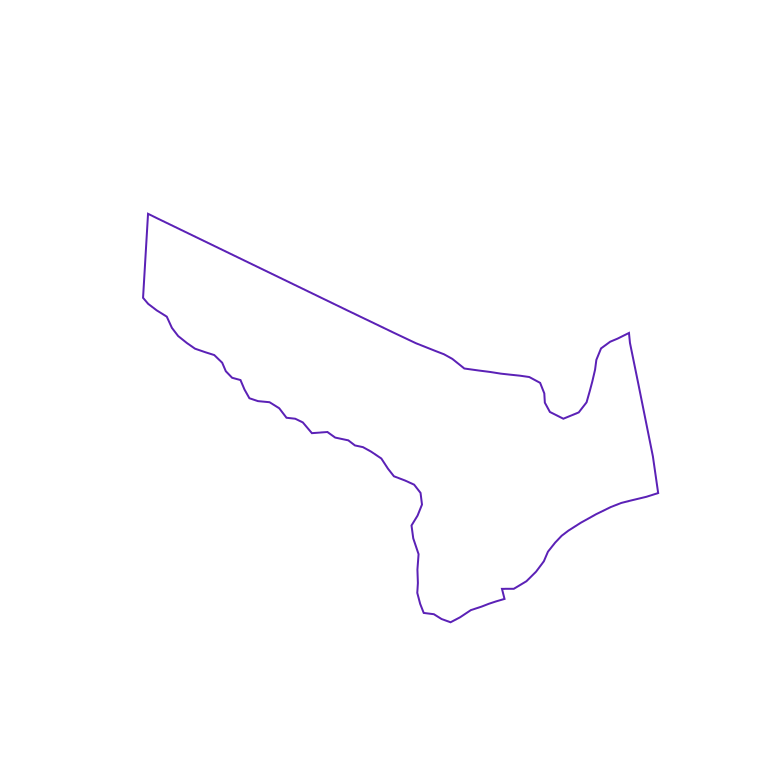 Barra de Santo Antônio, Alagoas, Brazil (Albers equal-area conic projection), rotated 32°
{"feature_id": "56859067B30618154167224", "entity_name": "Barra de Santo Antônio", "entity_type": "district", "adm_level": 2, "iso_a3": "BRA", "parent_name": "Brazil", "parent_adm1": "Alagoas", "projection": "albers", "projection_center": [-35.554, -9.378], "detail": "fine", "context": "isolated", "style": "outline", "palette": "violet", "viewbox_px": 768, "rotation_deg": 32, "n_neighbors": 0, "source": "geoboundaries", "source_scale": "gbopen_adm2", "svg_char_len": 1436}
<svg xmlns="http://www.w3.org/2000/svg" viewBox="0 0 768 768"><g transform="rotate(32 384 384)"><path d="M674.3,331.2L650.4,302.9L599.4,248.9L570.8,218.8L564.7,210.9L558.0,221.8L553.4,228.3L549.2,238.8L551.3,251.0L555.4,260.0L559.3,271.4L562.2,280.8L565.5,292.2L564.2,304.9L554.5,318.4L539.5,319.8L530.3,314.6L524.9,307.0L515.8,300.3L503.5,301.1L494.9,304.9L486.1,309.2L477.6,313.3L467.5,317.6L457.1,322.4L443.9,328.3L428.7,326.5L419.1,327.0L410.3,328.7L400.4,330.5L389.5,332.5L364.7,335.4L313.2,341.1L104.6,363.6L93.7,364.7L134.0,438.6L141.5,441.0L152.2,442.0L164.1,442.0L174.4,448.8L184.0,452.4L195.1,453.7L205.0,454.2L215.8,451.7L224.7,449.4L235.5,451.7L243.1,457.0L251.9,459.2L260.2,456.7L268.6,462.6L277.4,467.4L286.2,465.3L296.6,460.1L308.0,460.1L319.2,464.3L327.1,460.5L335.5,459.6L348.9,463.9L361.4,454.7L371.0,455.3L383.6,450.7L391.9,451.5L399.6,448.7L408.7,448.2L421.2,448.6L432.2,453.7L441.3,457.0L453.0,454.7L462.9,453.4L472.7,457.0L480.1,466.1L482.2,477.8L482.3,489.4L490.6,499.4L503.5,510.0L510.7,523.7L518.2,534.8L522.9,543.5L531.2,551.3L539.0,557.1L548.3,552.8L557.4,552.8L566.7,550.8L572.1,541.6L577.5,529.7L584.7,521.1L589.4,514.8L594.3,508.9L600.1,502.4L592.6,495.2L602.6,488.9L609.3,475.8L612.4,462.6L613.5,449.6L611.9,439.3L613.2,427.8L615.1,418.5L618.1,410.6L624.4,397.4L632.9,382.0L641.5,368.2L648.2,359.2L654.6,352.5L660.5,346.5L666.3,340.6L674.3,331.2Z" fill="none" stroke="#5b21b6" stroke-width="2"/></g></svg>